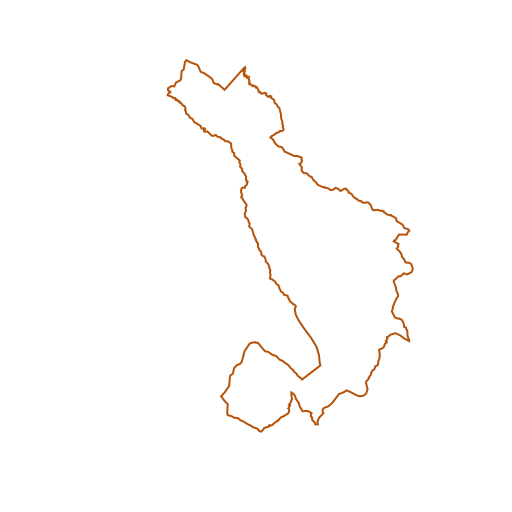 La Viña, Salta, Argentina, rotated 127°
{"feature_id": "61730980B12479001808037", "entity_name": "La Viña", "entity_type": "district", "adm_level": 2, "iso_a3": "ARG", "parent_name": "Argentina", "parent_adm1": "Salta", "projection": "natural_earth1", "projection_center": [-65.611, -25.526], "detail": "fine", "context": "isolated", "style": "outline", "palette": "amber", "viewbox_px": 512, "rotation_deg": 127, "n_neighbors": 0, "source": "geoboundaries", "source_scale": "gbopen_adm2", "svg_char_len": 6130}
<svg xmlns="http://www.w3.org/2000/svg" viewBox="0 0 512 512"><g transform="rotate(127 256 256)"><path d="M353.1,105.3L351.6,107.1L347.1,108.3L341.0,107.5L340.3,109.1L338.5,110.4L336.3,110.2L332.5,107.7L327.4,106.7L316.2,106.6L311.8,103.8L308.9,102.9L307.7,98.4L306.8,92.2L305.6,88.7L303.4,86.5L301.7,85.7L299.4,85.3L295.6,86.6L294.5,87.5L291.2,91.8L289.9,92.4L286.0,92.1L285.4,92.8L281.8,92.8L279.3,93.9L277.2,94.0L275.4,93.3L272.2,94.3L270.7,93.4L269.1,93.3L266.7,94.8L262.8,96.1L259.5,98.5L257.1,101.1L256.2,101.2L254.7,100.0L252.0,99.1L248.3,100.2L246.2,99.5L245.7,100.1L245.6,101.3L243.3,101.1L242.3,102.5L241.7,102.6L241.1,101.9L238.1,101.3L233.8,98.3L232.6,93.1L232.7,88.5L231.8,82.5L230.9,83.2L228.7,86.8L224.3,90.5L224.0,92.0L222.9,93.3L223.4,95.3L221.8,96.6L220.0,99.1L219.3,101.1L219.7,104.1L220.5,104.7L221.5,108.0L218.5,114.2L215.1,115.3L214.7,116.0L206.5,118.1L202.5,118.4L201.3,119.3L199.2,123.1L197.3,124.8L193.5,130.7L192.6,131.1L186.3,129.9L184.9,128.2L180.9,127.6L179.8,124.2L175.3,122.1L172.3,122.8L171.2,123.8L169.1,127.1L169.1,129.1L171.1,132.7L169.6,135.4L168.6,139.3L167.5,140.3L166.1,143.2L165.4,148.0L162.7,148.2L162.2,148.9L160.6,149.4L161.4,154.8L160.5,154.9L159.0,154.2L152.9,154.7L148.2,148.5L145.8,149.1L143.7,148.7L143.2,149.6L143.1,150.9L144.5,154.2L142.8,157.9L143.4,164.0L143.2,165.4L141.9,166.3L141.5,167.3L142.3,172.2L142.0,173.1L143.1,173.9L143.8,176.1L144.0,180.5L143.4,180.9L143.8,182.4L144.8,183.5L145.9,186.6L149.0,190.0L148.9,190.8L146.3,195.1L145.7,198.4L146.4,199.7L148.3,201.4L149.3,203.5L148.9,205.1L149.7,206.5L150.0,207.8L149.7,209.3L150.2,210.1L149.9,211.1L150.2,213.5L148.9,217.2L149.7,220.2L148.8,220.7L148.5,221.7L148.7,222.7L148.0,224.8L149.9,226.3L152.9,227.4L153.3,228.2L152.9,231.0L153.7,233.5L156.5,234.2L158.4,235.8L158.6,239.3L159.7,241.3L159.6,242.6L160.4,243.1L160.8,244.2L162.0,249.8L161.2,251.7L160.6,256.6L159.3,259.1L160.1,261.2L159.4,265.4L161.0,267.6L160.6,270.2L160.1,271.3L157.6,272.6L156.5,276.8L154.4,276.0L152.0,276.7L151.6,277.8L150.1,278.5L149.9,279.3L150.8,280.9L151.1,283.1L153.0,285.2L155.4,296.2L154.2,298.4L153.6,300.9L154.9,304.0L154.9,306.3L154.3,308.9L152.6,313.0L152.7,315.8L150.8,315.7L148.7,314.5L146.1,314.1L145.3,313.1L144.1,313.0L142.9,311.9L141.7,312.1L140.0,310.1L138.5,310.1L137.8,310.7L137.2,312.1L135.4,313.0L135.2,314.0L133.3,315.3L131.2,318.3L129.4,320.3L128.1,321.0L123.8,326.3L123.8,327.8L122.4,331.0L122.5,333.1L120.5,335.5L120.6,339.6L119.3,339.9L119.8,341.3L121.6,342.1L121.3,345.2L120.0,345.6L120.4,347.3L122.3,348.5L123.1,349.7L122.6,351.1L123.3,351.8L123.3,352.6L122.1,353.8L120.7,357.0L121.5,357.4L120.9,358.8L122.1,360.5L121.5,361.0L122.4,362.2L122.0,364.2L122.7,364.8L121.8,365.3L121.8,366.0L120.3,366.3L119.4,367.8L118.7,368.1L118.8,369.2L118.2,369.2L118.2,370.0L118.9,369.9L119.1,370.5L118.3,371.0L117.8,370.7L118.2,371.5L117.6,372.5L118.2,373.5L118.8,372.8L119.3,372.9L118.8,374.8L117.8,375.0L117.5,375.6L117.0,375.2L116.4,375.9L115.7,375.9L116.0,377.4L114.9,376.6L114.0,377.0L114.2,377.7L113.0,377.9L112.5,377.5L111.8,378.3L112.6,378.7L142.2,381.1L141.4,389.7L142.3,390.1L143.3,393.9L141.4,396.8L140.9,398.7L141.1,406.8L142.2,411.1L139.1,416.4L138.7,418.0L140.9,425.3L141.6,429.5L143.9,429.4L150.6,426.0L153.1,426.7L159.1,422.8L161.0,422.1L165.7,424.3L169.8,423.3L171.0,425.7L175.0,427.2L176.6,426.0L176.5,423.8L176.8,422.9L178.0,423.6L179.8,423.7L180.8,423.3L179.3,418.5L179.7,417.3L178.4,415.4L179.8,414.1L178.6,412.9L179.3,411.8L178.5,410.3L179.5,409.3L178.9,408.3L179.8,404.8L179.3,402.9L181.0,400.7L182.4,400.4L182.7,398.9L184.2,397.7L184.2,394.1L185.3,392.3L184.8,389.4L186.3,385.6L185.7,383.3L185.9,381.9L185.4,378.5L186.4,377.5L186.9,376.2L185.1,374.2L185.0,373.6L185.4,373.0L187.0,373.4L187.8,372.1L185.8,369.8L186.5,364.5L186.2,362.8L183.7,361.1L183.8,357.9L182.5,355.8L183.1,354.0L182.3,351.8L182.9,349.7L181.2,347.1L181.2,343.7L184.5,340.8L185.8,338.6L187.0,337.7L186.9,335.4L189.1,333.6L189.5,326.4L191.1,325.7L192.3,323.5L194.1,322.6L194.8,319.4L196.7,317.9L197.0,315.0L198.8,311.4L201.3,309.8L201.3,308.9L202.0,308.4L201.6,307.5L204.8,306.2L206.8,306.7L208.3,306.0L209.6,308.0L210.7,308.2L213.8,306.8L215.9,303.4L217.5,303.5L218.2,302.7L218.1,301.3L218.9,300.3L220.7,294.4L222.1,293.5L224.1,293.3L225.8,291.1L228.5,290.8L231.1,288.5L231.5,287.5L231.3,285.6L231.8,284.0L233.5,282.0L234.1,280.4L236.6,279.2L236.9,275.4L241.3,269.4L241.5,268.2L242.6,267.1L242.6,266.2L243.9,265.2L243.9,264.1L244.7,263.3L244.7,262.5L245.2,261.5L246.6,260.7L247.9,259.3L248.2,258.1L249.1,257.1L249.3,255.1L250.0,253.9L251.6,252.6L251.9,250.1L251.3,249.1L252.6,246.7L254.5,244.8L255.0,242.0L256.3,239.2L257.7,238.0L258.9,235.8L260.5,235.2L262.7,232.7L265.4,231.6L265.6,230.7L265.0,229.1L264.9,225.4L266.0,223.3L266.0,220.2L268.0,217.4L269.3,214.6L269.2,212.0L270.1,210.1L268.7,207.0L270.7,203.9L270.6,203.3L271.8,201.9L271.7,199.8L272.1,197.5L271.7,195.6L272.2,193.9L274.9,193.1L276.3,191.9L279.0,188.8L281.4,184.1L284.9,174.2L288.2,162.8L292.0,153.3L297.2,146.1L303.1,140.7L304.6,138.7L326.9,144.9L326.5,147.5L326.7,150.2L325.6,152.9L325.5,156.1L324.7,158.0L324.6,160.9L323.6,165.0L324.0,169.7L323.7,171.1L324.6,175.1L323.7,179.5L325.1,183.7L325.2,188.7L326.7,191.4L324.2,202.3L325.3,203.7L325.3,204.8L328.7,207.9L330.0,208.3L338.7,207.9L349.3,203.6L352.1,204.0L354.9,205.7L358.8,206.0L364.0,203.6L366.7,204.6L368.8,203.7L375.8,199.3L383.5,198.9L389.1,199.4L390.7,193.7L391.4,189.3L398.7,184.6L400.2,182.8L398.7,179.5L398.2,175.8L396.3,172.9L396.6,169.7L395.8,166.7L395.2,160.4L394.7,159.1L394.6,155.6L393.3,151.7L393.2,150.1L393.9,148.0L393.2,146.3L390.5,145.7L388.3,145.9L384.2,142.9L383.5,143.6L382.9,143.4L382.6,142.2L381.4,141.4L376.0,140.2L374.9,139.3L373.9,139.6L372.5,139.0L371.5,139.3L369.3,138.8L367.7,137.6L362.3,135.6L360.9,135.8L358.9,136.9L358.3,137.8L358.4,138.5L355.1,138.7L355.1,140.2L352.7,140.0L348.5,141.3L346.1,143.8L343.7,145.5L343.5,142.8L344.4,140.4L346.0,138.2L347.9,132.9L349.6,131.0L351.9,125.7L351.4,124.6L349.6,122.9L348.4,120.5L348.1,117.0L349.0,117.0L351.0,115.8L351.3,113.8L353.1,112.5L353.6,109.2L354.7,107.6L354.4,106.7L353.1,105.3Z" fill="none" stroke="#b45309" stroke-width="2"/></g></svg>